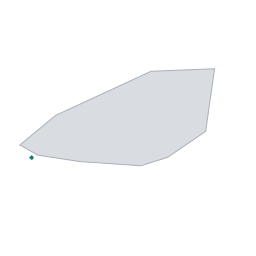 location of Belle Vue, Gros Islet, Saint Lucia, rotated 243°
{"feature_id": "8701671B15632424418996", "entity_name": "Belle Vue", "entity_type": "district", "adm_level": 2, "iso_a3": "LCA", "parent_name": "Saint Lucia", "parent_adm1": "Gros Islet", "projection": "natural_earth1", "projection_center": [-60.943, 14.085], "detail": "fine", "context": "in_parent", "style": "filled", "palette": "teal", "viewbox_px": 256, "rotation_deg": 243, "n_neighbors": 0, "source": "geoboundaries", "source_scale": "gbopen_adm2", "svg_char_len": 720}
<svg xmlns="http://www.w3.org/2000/svg" viewBox="0 0 256 256"><g transform="rotate(243 128 128)"><path d="M168.1,174.2L141.5,232.0L89.8,195.7L83.9,150.1L88.5,122.4L120.1,69.6L144.7,35.4L162.0,24.0L172.1,69.5L168.1,174.2Z" fill="#d9dde1" stroke="#a8b0b8" stroke-width="1"/><path d="M145.1,29.8L145.3,29.8L145.9,29.6L146.3,29.6L146.4,29.2L146.5,29.2L146.4,29.0L146.4,28.9L146.3,28.7L146.2,28.6L146.2,28.4L146.2,28.1L146.2,27.8L146.2,27.6L146.1,27.3L145.8,27.3L145.7,27.3L145.5,27.7L145.5,27.8L145.4,27.9L145.4,28.0L145.2,28.1L144.9,28.1L144.7,28.1L144.4,28.0L144.2,28.0L144.2,28.3L144.1,28.5L144.1,28.8L144.1,29.0L144.2,29.3L144.3,29.5L144.7,29.8L145.1,29.8Z" fill="#14b8a6" stroke="#0f766e" stroke-width="1.5"/></g></svg>